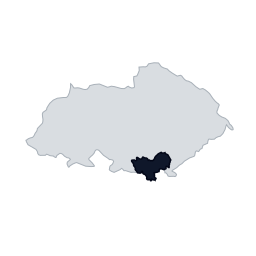 where Liberecký sits in Czechia, rotated 167°
{"feature_id": "CZE-1597", "entity_name": "Liberecký", "entity_type": "Region", "adm_level": 1, "iso_a3": "CZE", "parent_name": "Czechia", "parent_adm1": "", "projection": "albers", "projection_center": [15.007, 50.741], "detail": "fine", "context": "in_parent", "style": "filled", "palette": "ink", "viewbox_px": 256, "rotation_deg": 167, "n_neighbors": 0, "source": "natural_earth", "source_scale": "10m", "svg_char_len": 5127}
<svg xmlns="http://www.w3.org/2000/svg" viewBox="0 0 256 256"><g transform="rotate(167 128 128)"><path d="M230.2,139.0L229.5,139.1L227.8,139.9L225.5,140.3L223.1,140.3L221.3,141.6L219.6,143.8L217.8,145.3L216.9,146.6L216.4,147.9L210.3,151.9L209.5,153.5L208.9,155.6L208.7,158.4L208.3,161.0L207.3,162.4L204.0,163.7L203.1,164.3L202.6,165.7L200.7,167.7L198.6,169.7L194.5,172.0L190.1,172.9L184.4,172.3L181.0,171.6L179.4,172.6L177.2,175.5L174.9,180.4L174.0,184.1L173.2,183.1L171.7,179.2L170.1,178.8L168.0,178.5L166.4,177.9L162.9,175.8L161.1,175.1L159.0,175.0L157.1,176.3L155.7,177.9L151.1,178.0L146.0,177.3L138.8,172.3L136.9,172.3L134.9,172.5L131.8,171.3L125.7,168.0L122.8,167.2L121.0,167.7L119.4,168.5L118.2,168.6L117.5,167.5L115.3,166.1L113.0,166.0L112.4,166.8L111.6,174.1L110.8,176.8L107.7,176.7L106.6,177.9L104.1,181.5L103.6,184.9L99.3,184.2L97.3,183.6L95.5,184.0L93.5,185.9L88.0,185.7L83.6,184.5L81.8,180.3L79.8,178.6L77.3,177.1L76.5,176.7L75.1,174.4L72.5,171.5L68.4,167.5L65.1,167.6L63.9,166.6L63.3,165.1L62.0,162.6L60.5,160.9L58.7,160.1L56.0,157.9L52.6,153.0L49.4,149.6L46.2,149.6L44.2,147.8L42.3,145.4L40.8,143.2L38.7,137.8L37.1,134.7L35.8,132.7L34.4,131.1L33.9,129.9L35.8,127.1L36.5,125.7L37.4,124.6L37.8,123.5L37.9,122.6L36.3,119.8L34.2,117.7L31.0,115.5L29.0,112.8L28.3,110.4L28.2,109.1L26.8,107.3L25.8,104.7L25.8,103.1L26.1,102.7L27.2,102.7L28.4,103.8L30.0,105.9L31.2,109.0L32.1,107.9L33.8,104.7L36.8,101.2L39.8,99.3L42.4,99.2L44.5,98.7L46.3,97.7L49.4,98.2L51.6,99.0L52.3,98.6L53.3,96.8L53.9,95.2L58.8,94.3L60.6,91.3L61.6,91.3L62.7,90.9L63.7,89.7L64.7,89.2L65.5,89.8L66.6,90.3L67.7,89.5L69.3,86.0L70.2,85.5L74.6,85.0L80.5,83.0L83.5,81.1L86.4,80.2L89.5,78.4L94.5,76.7L94.8,76.0L92.5,74.1L91.7,73.0L91.2,71.8L92.0,70.5L93.1,70.1L94.5,70.7L98.7,71.5L99.8,72.2L100.2,74.1L101.2,75.8L102.1,76.0L101.8,78.8L103.1,79.8L105.0,80.7L106.3,80.5L107.2,79.4L107.6,78.6L110.1,78.5L112.7,77.3L112.9,75.4L112.8,71.8L113.1,71.3L117.0,72.3L120.9,73.9L121.5,77.5L122.5,79.2L123.8,80.8L125.0,81.5L127.0,81.6L132.4,83.7L135.0,84.1L137.6,85.6L139.9,87.0L141.5,87.3L142.3,88.9L143.3,90.1L145.1,89.2L151.5,87.9L153.8,89.4L155.4,91.1L155.6,91.6L154.9,93.2L154.5,94.3L153.8,95.1L151.6,96.0L150.4,97.3L149.5,98.8L150.1,100.2L152.0,101.2L153.3,101.4L153.8,102.4L158.0,106.9L161.4,112.8L162.7,113.7L163.9,113.9L165.3,113.0L166.8,111.0L168.7,109.6L170.3,108.8L173.1,107.1L173.2,106.0L170.7,102.0L169.3,98.8L169.6,98.2L172.6,98.7L177.8,100.3L185.9,105.9L187.3,105.8L190.0,105.3L193.0,104.2L194.4,103.1L194.9,103.5L195.5,106.7L194.8,108.4L191.2,110.3L191.5,111.1L192.5,112.2L194.1,112.8L196.2,114.8L197.6,117.1L198.8,118.2L200.2,118.6L203.4,117.3L204.3,116.2L204.7,115.5L205.3,115.6L206.5,116.7L206.9,117.4L210.2,118.6L212.1,120.1L213.3,120.8L214.6,120.0L219.7,121.1L221.2,122.1L221.7,123.9L221.5,125.0L222.4,127.8L229.2,134.2L230.1,137.6L230.2,139.0Z" fill="#d9dde1" stroke="#a8b0b8" stroke-width="1"/><path d="M101.6,78.9L101.7,79.2L102.8,79.5L103.2,79.8L104.3,80.6L105.4,80.9L106.1,80.9L106.6,80.8L106.9,80.4L107.1,79.9L107.6,78.6L108.2,78.7L109.3,78.4L112.7,78.6L112.8,78.2L112.7,76.6L112.7,76.4L112.7,76.0L112.8,75.8L113.1,75.5L113.2,75.3L113.1,73.9L112.7,73.2L112.2,72.9L112.1,72.3L112.2,72.2L112.4,72.1L112.5,72.0L112.7,71.9L113.1,71.6L113.3,71.4L113.4,71.0L113.9,71.5L115.4,71.9L115.7,72.3L116.0,72.7L116.4,72.9L116.8,72.8L116.9,72.3L117.1,71.7L117.5,71.4L117.9,71.6L118.0,72.3L118.3,73.0L120.0,73.0L120.8,73.4L121.2,74.2L121.2,74.7L120.9,75.2L120.7,76.0L120.8,76.7L121.1,77.5L121.5,78.3L121.8,78.8L122.4,79.3L122.9,79.5L123.4,79.9L123.7,80.8L123.7,81.2L123.7,81.7L123.6,82.1L123.8,82.5L124.2,82.6L124.6,82.3L124.9,81.8L125.1,81.5L126.4,81.3L128.8,82.2L129.2,83.5L130.2,85.5L130.3,85.9L130.2,86.2L130.1,86.4L130.0,86.8L130.0,87.2L130.1,88.1L130.1,88.5L130.3,88.9L130.7,89.4L130.8,89.6L130.9,89.9L130.9,90.1L130.9,90.4L130.9,90.7L130.7,91.7L130.7,91.9L130.8,92.1L131.8,94.4L131.9,94.7L131.9,95.0L131.9,95.3L131.7,95.6L131.4,95.8L129.1,95.4L128.7,95.2L128.1,94.5L127.9,94.4L127.6,94.4L126.8,94.7L126.6,94.8L126.5,95.0L126.5,96.5L126.4,96.9L126.3,97.1L126.1,97.3L125.9,97.3L125.7,97.3L125.5,97.2L125.0,96.8L124.1,95.7L123.5,95.2L122.2,94.7L121.9,94.7L121.6,94.8L120.3,96.3L120.1,96.3L119.9,96.3L119.7,96.2L118.1,94.8L117.6,94.7L117.4,94.7L117.2,94.8L116.1,93.9L115.8,93.3L115.5,91.9L114.7,92.1L114.3,92.0L114.1,91.8L113.6,91.1L113.4,91.0L113.2,91.0L112.5,91.0L112.3,90.9L112.0,90.7L111.8,90.6L111.6,90.7L111.2,90.9L110.7,90.7L110.4,90.8L109.9,91.5L109.1,92.2L108.9,92.4L108.8,92.6L108.5,93.2L108.3,93.5L108.0,93.7L107.5,94.0L107.3,94.2L107.0,94.5L106.7,94.7L105.6,95.2L104.4,96.0L101.7,96.7L101.2,96.8L100.9,96.7L100.7,96.4L100.7,96.1L100.6,95.9L100.4,95.7L100.2,95.7L99.8,95.7L99.2,95.6L97.9,95.6L97.5,95.7L97.3,94.6L95.2,92.9L93.6,87.5L93.5,87.3L93.6,87.1L93.7,86.9L93.8,86.8L94.2,86.5L94.8,85.1L94.9,84.9L95.6,84.3L95.7,84.1L95.7,83.9L95.7,83.4L95.8,83.2L96.0,82.8L96.4,82.5L96.7,80.5L96.9,80.3L97.0,80.2L97.2,80.3L98.8,82.0L99.0,82.0L99.3,82.0L99.5,81.8L99.7,81.6L99.8,81.3L99.9,80.9L100.0,80.2L100.2,79.8L100.3,79.7L101.2,79.6L101.3,79.5L101.4,79.4L101.5,79.3L101.6,79.0L101.6,78.9Z" fill="#0f172a" stroke="#020617" stroke-width="1.5"/></g></svg>